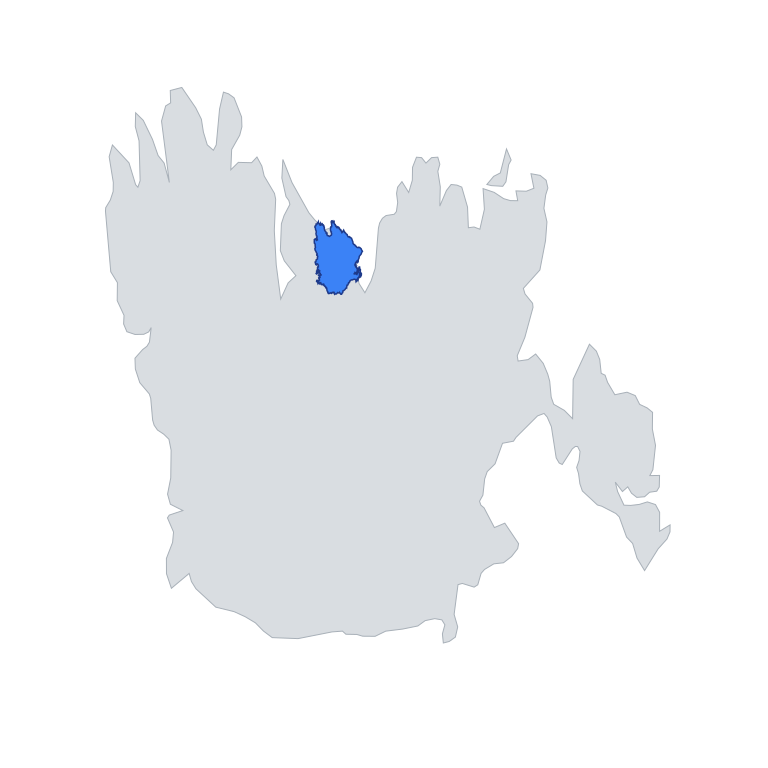 Ennistimon Lea-4, Clare, Ireland shown in context, rotated 98°
{"feature_id": "5873133B68826952408481", "entity_name": "Ennistimon Lea-4", "entity_type": "district", "adm_level": 2, "iso_a3": "IRL", "parent_name": "Ireland", "parent_adm1": "Clare", "projection": "natural_earth1", "projection_center": [-9.187, 53.0], "detail": "fine", "context": "in_parent", "style": "filled", "palette": "blue", "viewbox_px": 768, "rotation_deg": 98, "n_neighbors": 0, "source": "geoboundaries", "source_scale": "gbopen_adm2", "svg_char_len": 9614}
<svg xmlns="http://www.w3.org/2000/svg" viewBox="0 0 768 768"><g transform="rotate(98 384 384)"><path d="M501.8,122.5L482.9,132.5L480.0,136.3L474.7,151.4L474.1,155.8L462.3,172.7L455.6,176.1L445.6,178.9L439.8,181.6L432.6,180.2L423.5,180.5L419.0,183.5L419.2,185.8L422.0,188.5L438.9,196.3L437.9,199.5L433.2,203.2L403.0,212.3L394.0,217.8L390.9,221.4L394.2,227.5L418.4,245.8L422.6,247.8L426.2,258.4L447.6,262.9L456.4,269.6L463.9,271.1L480.3,270.6L486.8,273.1L490.5,271.2L492.7,267.7L510.8,254.7L505.0,245.0L523.4,228.5L528.4,228.7L537.1,233.7L544.4,240.8L546.8,250.2L553.6,258.6L558.0,261.5L569.8,263.2L572.6,266.5L570.6,278.7L572.4,282.8L602.4,282.5L614.3,277.2L624.7,278.1L629.9,283.6L632.2,289.2L623.3,291.4L614.0,290.2L609.5,293.9L609.3,301.1L612.6,310.3L618.9,316.8L624.1,331.5L628.5,347.9L635.1,357.7L636.7,370.0L635.8,376.0L637.1,386.9L634.5,390.7L636.7,400.9L648.1,433.7L650.7,459.4L645.4,469.0L638.4,478.1L633.8,489.0L630.3,500.7L628.4,519.5L613.0,541.7L606.4,547.2L598.7,550.6L615.9,566.1L602.1,573.0L587.0,575.2L570.3,571.3L559.9,571.8L546.7,579.8L543.7,578.4L537.3,565.6L532.8,578.8L523.2,583.0L506.7,582.1L479.2,585.6L468.6,589.3L464.3,595.2L461.1,601.9L456.8,605.9L451.9,608.1L430.7,613.0L426.5,615.0L416.7,626.0L403.8,632.3L393.1,634.2L383.5,627.8L379.6,624.0L375.2,622.1L360.5,622.4L365.2,624.3L368.2,628.8L369.6,637.4L368.0,645.9L360.8,650.2L352.2,651.0L338.6,659.8L320.7,662.1L310.9,670.2L251.5,683.9L248.1,684.1L239.9,680.6L231.0,679.0L222.1,680.1L197.2,687.8L185.1,686.2L200.5,667.3L221.2,657.7L223.4,655.1L216.6,653.8L177.3,660.4L163.7,666.1L150.0,667.7L156.4,659.1L174.0,647.3L189.2,639.5L195.8,632.5L214.3,624.6L154.6,640.9L139.0,638.9L135.3,634.4L123.1,636.5L118.5,625.5L136.7,608.9L147.2,601.7L159.7,597.9L171.8,592.3L176.3,585.5L170.6,583.4L134.6,585.1L117.3,583.6L118.3,578.3L121.5,572.3L139.4,562.2L149.1,560.5L157.7,561.5L173.0,567.5L193.2,565.5L184.8,559.1L183.3,545.9L176.9,541.4L185.2,535.3L194.7,531.6L210.5,519.0L216.1,517.0L247.3,514.0L281.0,507.3L314.3,498.1L297.2,493.0L289.0,486.3L275.9,499.9L266.4,505.2L239.6,507.9L231.1,506.4L219.2,502.2L215.5,503.8L212.1,507.1L194.3,513.8L175.7,515.4L197.4,503.1L224.9,482.2L231.0,475.6L239.7,464.2L237.0,459.1L231.4,456.2L251.3,432.7L258.3,428.4L271.0,427.8L280.3,424.0L284.4,424.0L288.1,422.6L296.3,415.6L283.7,411.1L270.6,408.8L230.4,411.2L225.1,410.7L220.1,408.6L216.9,405.4L214.5,397.5L211.5,395.7L202.4,395.7L193.5,398.1L187.2,397.9L181.1,394.4L190.9,386.2L178.3,384.3L165.5,385.9L154.9,383.4L154.6,378.3L159.4,373.2L153.2,368.4L151.9,362.3L158.6,359.3L165.9,360.3L180.9,355.7L200.1,353.5L183.7,349.1L177.1,345.3L176.9,339.4L178.2,334.4L197.2,325.9L217.5,322.2L216.0,316.7L217.4,310.6L197.0,308.9L176.7,313.1L178.9,301.6L183.8,291.3L184.8,284.4L183.9,277.1L174.4,280.2L173.3,269.9L169.3,262.8L155.3,267.7L155.7,258.4L159.7,251.8L167.1,249.0L174.3,250.2L187.8,250.1L200.8,245.2L219.6,244.0L249.4,245.5L269.9,259.3L275.2,256.9L283.4,248.1L287.3,247.1L318.2,251.0L337.5,256.0L342.6,254.4L339.8,244.7L333.2,238.0L341.4,229.2L351.5,223.2L358.2,220.3L373.8,216.6L380.5,213.1L385.0,201.8L392.1,192.4L353.1,197.3L316.0,186.1L321.9,178.3L329.7,173.8L343.2,170.4L344.5,166.3L351.3,162.8L362.5,153.9L358.3,142.2L360.5,133.6L368.6,128.0L371.1,120.0L374.7,114.1L391.2,112.0L407.0,106.6L431.4,105.8L437.7,108.0L436.2,98.4L447.7,97.1L452.2,99.0L454.2,105.9L459.4,110.3L461.1,117.9L457.7,123.7L451.9,128.3L457.3,132.9L449.0,141.3L458.0,137.7L470.6,129.5L469.9,122.8L467.7,114.4L464.1,106.8L465.6,98.4L472.7,93.2L491.5,90.6L483.7,81.1L490.6,80.2L498.1,82.2L509.1,89.6L532.5,100.0L521.2,109.2L507.3,115.6L501.8,122.5ZM172.6,305.4L172.1,309.9L163.1,304.3L158.8,298.2L134.2,295.4L144.5,289.3L149.5,291.1L166.8,291.4L171.7,293.9L172.6,305.4Z" fill="#d9dde1" stroke="#a8b0b8" stroke-width="1"/><path d="M286.6,425.9L286.1,425.6L285.7,425.7L285.4,425.4L284.2,425.4L283.9,425.1L284.9,424.6L284.7,424.5L284.8,424.3L284.1,424.4L284.0,424.2L282.7,424.5L282.7,424.2L281.9,423.9L282.1,423.6L281.2,423.4L281.3,423.2L280.3,423.3L280.4,423.5L279.7,423.4L278.9,423.6L277.1,423.4L276.2,423.1L273.9,423.3L272.8,424.4L271.8,424.3L271.0,424.6L272.3,424.7L272.9,425.4L273.2,425.2L273.3,424.9L273.1,424.9L273.4,424.7L274.4,424.6L274.8,425.0L274.9,425.6L275.5,425.5L276.2,424.9L276.9,424.9L277.6,425.8L278.0,425.8L277.8,426.1L278.7,426.2L278.4,426.4L278.9,426.7L278.5,427.1L278.5,427.5L278.8,427.8L278.5,428.0L278.9,428.0L279.1,428.4L279.0,428.9L278.5,428.7L278.7,428.1L278.2,428.1L278.3,427.9L277.8,427.8L277.6,427.5L277.5,427.2L277.0,426.4L275.3,426.3L275.9,426.0L276.3,425.6L275.2,425.8L275.5,426.0L275.1,426.3L274.4,426.1L274.5,426.0L273.0,426.6L272.3,427.4L271.6,427.5L272.5,427.5L272.2,427.7L272.0,428.2L271.4,428.0L271.5,428.2L271.4,428.3L271.5,428.4L270.8,429.1L270.5,429.2L270.3,429.0L270.0,429.3L269.7,428.8L269.2,429.4L269.3,429.6L269.0,429.2L268.6,429.0L268.4,429.1L267.9,428.7L267.8,428.9L267.4,428.7L265.9,427.9L265.4,427.1L265.0,426.9L266.9,426.8L267.5,427.2L267.0,426.8L266.2,426.6L264.7,426.8L263.0,426.3L260.9,426.2L258.5,424.7L256.8,424.4L255.6,423.8L254.2,425.0L253.3,425.4L252.1,427.2L252.4,427.9L252.2,428.3L252.4,428.4L252.6,429.4L252.0,430.4L251.5,430.8L251.4,431.1L251.1,431.3L251.1,431.7L250.0,432.5L250.1,433.1L249.9,433.5L249.0,434.3L247.8,434.5L244.1,436.5L243.9,437.2L243.3,438.1L243.5,438.3L243.2,438.6L243.4,438.7L243.0,439.2L243.3,439.9L242.0,441.0L241.1,441.3L240.6,442.4L239.7,443.2L239.5,444.0L238.6,444.3L237.9,445.0L238.5,445.4L238.2,445.7L238.3,445.8L239.9,446.7L238.0,447.9L238.0,448.2L237.5,448.1L237.4,448.6L236.8,449.0L236.8,449.6L235.3,450.3L235.2,450.5L235.5,450.6L235.2,451.0L235.7,451.0L235.7,451.7L235.0,452.2L235.5,452.6L235.1,452.9L235.0,453.2L234.3,453.5L234.3,453.9L232.9,454.5L232.9,454.9L232.3,455.4L231.3,455.9L230.2,456.0L230.8,456.6L230.3,456.6L229.6,457.2L230.4,457.7L229.7,458.4L229.8,458.6L230.8,458.9L231.4,458.7L231.5,458.3L232.2,458.4L234.5,457.8L235.6,457.8L235.7,458.1L235.9,458.2L236.0,458.6L238.9,458.5L240.6,457.7L240.7,457.3L241.5,457.3L242.3,456.8L243.8,456.8L245.5,458.7L244.9,459.8L244.9,460.8L243.8,461.3L242.7,461.4L242.9,461.8L242.5,462.0L242.6,462.3L242.0,462.4L240.9,463.1L240.9,463.4L240.1,464.2L239.0,464.5L238.6,464.6L238.5,464.8L237.1,464.9L236.8,465.3L236.1,465.4L236.1,465.6L235.9,465.6L235.9,465.8L235.5,466.1L234.9,466.2L234.7,466.7L234.9,467.0L234.3,467.3L234.5,467.4L234.4,467.8L234.5,468.1L233.7,468.9L235.5,468.6L235.6,468.9L235.1,469.2L235.1,469.5L234.8,469.7L235.2,470.0L234.3,470.6L234.3,470.4L234.0,470.5L233.7,471.2L232.5,471.6L233.9,472.0L234.1,472.1L234.0,472.3L234.8,472.4L235.0,473.5L236.7,473.5L237.1,474.2L237.6,474.3L238.3,474.3L239.0,473.7L240.8,473.2L241.8,472.5L243.2,472.2L244.6,472.3L246.7,471.5L246.8,471.1L247.9,470.7L248.4,471.1L250.5,470.0L251.1,470.6L250.2,471.2L250.1,471.5L250.3,471.8L249.9,472.0L250.0,472.2L249.9,472.4L251.0,473.2L252.0,472.8L252.8,472.9L254.3,472.5L254.4,472.1L255.7,471.5L256.8,471.4L258.3,470.9L259.7,471.3L261.4,470.6L262.2,469.8L263.4,469.2L264.2,468.4L265.2,468.2L265.4,468.6L266.0,468.4L266.3,467.7L267.3,467.3L268.0,467.6L269.4,467.3L270.6,468.5L271.8,468.4L272.6,468.7L272.7,469.1L273.5,469.0L274.1,468.3L274.5,468.5L275.0,468.3L274.6,467.8L275.3,467.4L274.4,466.6L274.6,466.4L274.6,466.2L275.6,465.5L277.2,465.3L277.2,465.6L277.0,465.8L278.1,466.1L279.2,465.8L280.4,466.1L280.9,465.8L281.1,466.1L281.7,465.7L281.9,466.4L283.1,465.8L283.6,466.0L283.5,466.3L284.0,466.6L284.4,466.2L284.0,465.8L283.7,465.9L283.8,465.6L283.5,465.2L282.6,465.5L282.5,465.2L282.3,465.2L280.0,465.4L279.9,465.0L280.6,465.0L280.5,464.4L280.8,464.3L280.7,464.0L280.8,463.8L281.0,464.3L282.3,464.0L282.6,464.2L282.6,463.9L282.9,463.8L282.7,463.6L283.2,463.6L283.3,462.5L284.3,462.3L284.7,461.5L285.0,461.6L284.9,462.6L285.4,463.2L285.0,463.7L285.3,464.1L286.0,463.3L285.9,463.0L286.3,462.5L287.4,462.2L287.6,462.5L287.5,463.1L287.9,463.4L288.4,463.0L288.7,463.1L288.9,462.7L289.5,462.7L290.0,462.3L290.7,462.9L291.0,462.8L291.1,463.0L290.7,463.6L290.6,464.6L290.9,464.7L290.9,465.0L291.7,465.1L292.0,464.7L291.7,464.6L292.1,464.1L291.5,463.9L291.9,463.6L291.8,463.2L292.3,463.2L292.9,463.7L293.6,463.4L293.1,463.2L292.8,462.8L292.7,462.3L293.8,461.9L293.9,461.4L293.4,461.0L292.6,461.2L292.4,460.8L294.2,459.8L293.9,459.4L294.2,458.6L293.5,458.1L293.5,457.6L294.5,457.1L294.7,457.3L295.4,456.4L295.2,456.1L295.3,455.9L296.2,455.4L296.1,455.2L296.6,455.0L296.7,454.6L297.1,454.6L297.1,454.1L299.2,453.5L300.2,452.9L300.3,452.6L301.4,452.3L302.1,451.7L301.7,451.2L302.0,450.9L301.8,450.3L301.1,449.4L301.6,448.6L301.1,448.1L300.6,448.1L300.3,447.4L300.5,447.1L300.1,446.5L300.2,446.1L300.8,446.3L302.0,445.4L301.7,445.2L301.7,444.7L301.4,444.4L301.4,443.6L299.9,442.6L300.1,442.3L300.1,441.6L300.0,440.7L299.7,440.7L301.1,439.3L301.0,438.5L300.1,438.3L299.3,437.6L297.5,437.6L297.2,437.0L295.9,435.8L294.5,435.1L294.3,434.8L293.5,434.5L293.6,434.4L291.4,434.4L291.4,434.2L291.0,433.6L289.6,433.3L289.4,433.0L288.6,433.2L287.9,432.3L287.4,432.1L287.0,432.2L286.4,431.9L285.4,430.7L285.3,429.7L284.6,428.7L284.3,427.6L284.7,426.8L284.5,426.5L284.6,426.0L285.7,426.2L286.6,425.9ZM281.1,422.1L280.8,422.0L280.2,422.1L280.0,421.8L279.5,421.6L277.9,421.7L277.2,422.3L278.3,423.2L279.0,423.3L279.6,422.9L281.0,422.6L280.3,422.4L280.8,422.1L281.0,422.3L281.1,422.1ZM274.5,425.3L274.1,425.1L274.3,424.8L273.4,425.0L273.6,425.5L273.4,426.1L274.3,425.5L274.5,425.3ZM266.1,427.0L265.8,427.0L266.3,427.0L266.1,427.0ZM237.5,445.3L237.3,445.4L237.5,445.5L237.5,445.3ZM276.6,425.9L276.8,426.0L276.9,425.9L276.7,425.8L276.6,425.9ZM280.1,423.4L279.9,423.3L280.1,423.4ZM268.1,427.4L267.8,427.2L267.7,427.2L268.1,427.4Z" fill="#3b82f6" stroke="#1e3a8a" stroke-width="1.5"/></g></svg>